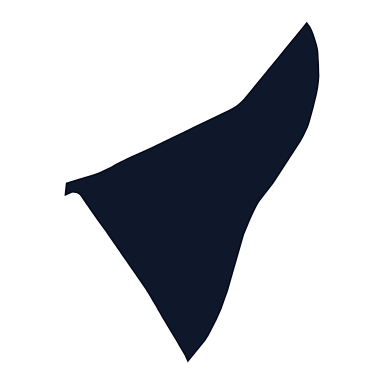 outline of Bang Phlat, Bangkok Metropolis, Thailand
{"feature_id": "78962969B20944383607062", "entity_name": "Bang Phlat", "entity_type": "district", "adm_level": 2, "iso_a3": "THA", "parent_name": "Thailand", "parent_adm1": "Bangkok Metropolis", "projection": "equal_earth", "projection_center": [100.489, 13.788], "detail": "fine", "context": "isolated", "style": "filled", "palette": "ink", "viewbox_px": 384, "rotation_deg": 0, "n_neighbors": 0, "source": "geoboundaries", "source_scale": "gbopen_adm2", "svg_char_len": 3249}
<svg xmlns="http://www.w3.org/2000/svg" viewBox="0 0 384 384"><path d="M66.6,183.3L65.6,192.2L65.4,194.9L67.6,193.9L70.3,192.7L71.1,192.3L71.7,192.0L72.1,191.9L72.6,191.9L72.8,191.9L73.1,191.9L74.2,192.0L75.1,192.1L77.3,192.5L79.0,193.5L79.4,193.8L79.9,194.2L80.3,194.5L80.7,195.0L80.9,195.3L81.3,195.7L83.6,199.2L83.9,199.7L84.6,200.7L85.6,202.1L86.7,203.8L87.6,205.0L88.8,206.7L89.6,207.9L90.6,209.4L91.7,210.9L92.9,212.7L94.0,214.2L95.0,215.7L96.1,217.2L97.8,219.7L98.1,220.1L104.9,229.4L105.3,229.9L105.8,230.6L106.5,231.5L107.7,233.4L109.3,235.7L110.0,236.7L111.0,238.2L112.1,239.7L112.8,240.8L113.9,242.4L114.9,243.8L116.0,245.3L117.1,247.0L117.9,248.2L118.9,249.5L120.3,251.5L120.9,252.5L122.0,254.1L124.0,257.0L125.2,258.7L126.7,260.8L128.4,263.3L129.4,264.7L130.6,266.5L131.5,267.8L132.4,269.1L133.2,270.2L134.4,272.0L135.3,273.3L136.4,274.8L137.8,276.9L139.2,278.9L140.2,280.3L141.4,282.1L142.3,283.4L143.3,284.9L143.6,285.3L146.3,289.2L146.9,290.3L147.7,291.6L148.6,292.9L149.3,294.1L150.0,295.2L150.9,296.7L152.0,298.6L153.5,301.3L154.4,302.7L155.2,304.1L155.9,305.3L156.3,305.8L156.5,306.1L156.9,306.9L157.4,307.9L157.8,308.7L159.0,310.7L159.9,312.2L161.1,314.3L162.6,317.0L163.8,319.0L165.5,321.8L166.6,323.7L167.0,324.4L168.2,326.4L168.6,326.9L169.2,328.0L170.2,329.7L176.6,340.2L177.4,341.6L178.6,343.7L179.7,345.7L180.5,347.0L181.7,349.0L183.4,351.9L184.4,353.6L185.4,355.3L187.9,361.0L204.6,340.5L206.8,337.0L207.6,335.9L209.3,332.7L215.6,320.4L220.8,308.9L223.7,300.6L227.4,290.3L231.0,277.5L243.4,234.4L250.0,218.5L253.3,211.4L255.5,206.9L257.8,202.7L258.8,201.2L259.6,200.1L273.0,182.8L300.0,141.3L303.1,135.7L307.0,127.5L308.1,124.6L309.3,120.7L310.0,118.1L312.8,108.0L315.0,98.9L316.3,93.7L317.5,87.1L318.2,81.4L318.6,76.2L318.4,70.6L318.3,65.0L317.9,58.3L317.7,53.9L317.3,49.8L316.3,45.2L315.0,40.8L312.9,34.3L311.3,30.3L309.6,27.0L306.7,23.0L305.8,24.2L305.1,25.1L304.6,25.7L302.6,28.2L299.8,31.6L298.3,33.4L295.4,37.0L292.4,40.6L289.9,43.7L287.9,46.1L286.9,47.3L286.1,48.3L284.2,50.6L282.9,52.3L280.5,55.2L278.2,58.1L276.3,60.4L274.4,62.6L272.5,65.0L270.4,67.5L268.7,69.5L266.3,72.6L263.9,75.5L261.6,78.3L259.5,80.8L258.4,82.1L256.5,84.5L254.8,86.5L252.3,89.7L250.5,91.9L248.9,93.8L246.9,96.2L245.5,97.9L244.6,99.0L243.1,100.6L242.1,101.6L240.3,103.3L238.9,104.5L237.9,105.3L237.2,105.8L236.4,106.4L235.4,107.1L235.0,107.3L234.5,107.7L233.9,108.0L232.5,108.8L230.1,110.1L227.9,111.2L224.7,112.7L223.3,113.4L221.4,114.3L219.6,115.2L216.8,116.5L214.6,117.6L212.6,118.5L210.6,119.5L208.7,120.4L207.2,121.1L205.8,121.8L204.1,122.6L202.6,123.3L200.3,124.4L198.4,125.3L197.2,125.8L195.7,126.6L194.2,127.3L192.6,128.1L189.5,129.7L187.6,130.6L183.3,132.7L180.7,133.9L178.3,135.1L175.4,136.5L172.4,137.9L170.8,138.7L168.2,140.0L167.0,140.5L165.6,141.2L163.7,142.1L160.1,143.9L156.9,145.4L154.1,146.8L150.7,148.4L148.7,149.3L134.0,155.9L133.4,156.1L131.7,156.9L129.9,157.8L126.4,159.4L124.1,160.6L121.3,161.9L119.4,162.9L117.5,163.8L116.0,164.6L114.7,165.3L113.2,166.3L111.3,167.4L110.1,168.0L107.9,169.0L105.2,170.3L103.3,171.2L101.7,172.0L99.9,172.8L98.1,173.5L95.6,174.4L93.6,175.1L90.7,176.0L87.0,177.1L84.8,177.7L82.4,178.5L79.9,179.2L76.3,180.3L72.5,181.5L66.6,183.3Z" fill="#0f172a" stroke="#020617" stroke-width="1.5"/></svg>